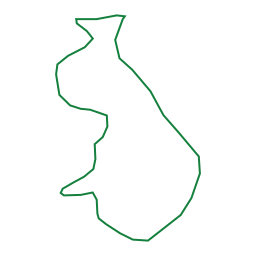 the district of Simrishamn, Skåne, Sweden
{"feature_id": "70781695B62390377140785", "entity_name": "Simrishamn", "entity_type": "district", "adm_level": 2, "iso_a3": "SWE", "parent_name": "Sweden", "parent_adm1": "Skåne", "projection": "robinson", "projection_center": [14.183, 55.612], "detail": "fine", "context": "isolated", "style": "outline", "palette": "green", "viewbox_px": 256, "rotation_deg": 0, "n_neighbors": 0, "source": "geoboundaries", "source_scale": "gbopen_adm2", "svg_char_len": 669}
<svg xmlns="http://www.w3.org/2000/svg" viewBox="0 0 256 256"><path d="M76.2,19.1L76.8,23.4L86.8,31.0L92.8,38.6L84.8,47.2L68.1,55.8L57.4,64.4L56.1,74.4L59.4,94.9L70.1,105.4L80.7,108.8L90.1,109.7L106.8,115.5L107.4,126.5L102.8,137.0L94.7,144.2L95.4,159.0L93.4,169.0L84.1,176.7L73.4,182.5L62.7,188.7L61.6,191.0L60.7,193.0L64.0,195.4L80.7,194.9L92.7,192.5L96.7,199.7L97.4,213.6L98.7,218.4L106.1,224.2L120.1,233.3L132.8,239.6L148.0,240.6L157.1,233.5L180.7,215.0L191.4,198.1L199.9,173.5L198.8,156.5L179.5,133.5L163.4,115.1L150.5,91.3L132.3,69.8L119.5,58.3L115.2,39.9L122.7,19.3L124.8,16.3L116.6,15.4L96.8,19.1L76.2,19.1Z" fill="none" stroke="#15803d" stroke-width="2"/></svg>